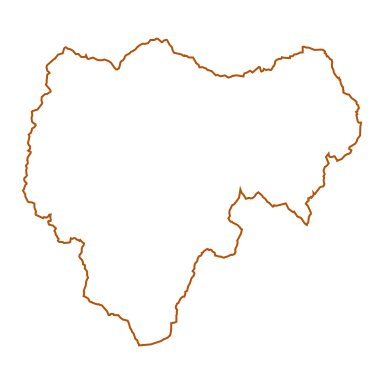 Huong Son, Ha Tinh, Vietnam (Robinson projection)
{"feature_id": "81297802B24299836434530", "entity_name": "Huong Son", "entity_type": "district", "adm_level": 2, "iso_a3": "VNM", "parent_name": "Vietnam", "parent_adm1": "Ha Tinh", "projection": "robinson", "projection_center": [105.339, 18.446], "detail": "fine", "context": "isolated", "style": "outline", "palette": "amber", "viewbox_px": 384, "rotation_deg": 0, "n_neighbors": 0, "source": "geoboundaries", "source_scale": "gbopen_adm2", "svg_char_len": 5802}
<svg xmlns="http://www.w3.org/2000/svg" viewBox="0 0 384 384"><path d="M354.9,100.3L351.6,98.1L349.1,94.6L347.2,94.3L343.5,92.7L343.2,91.8L343.6,90.5L343.1,89.8L343.1,87.3L342.1,86.4L340.7,83.1L340.2,79.7L339.4,79.7L338.9,77.6L337.9,78.0L336.6,76.7L333.9,72.7L333.4,69.9L332.0,67.1L331.9,63.7L332.3,62.1L331.6,59.7L330.1,59.0L327.7,56.2L326.8,56.4L325.9,53.6L324.7,53.1L325.0,51.5L323.5,50.1L321.7,49.6L314.3,49.9L309.8,48.0L307.7,47.5L306.8,47.7L304.0,46.7L302.7,46.9L302.7,52.4L300.0,52.6L296.7,54.2L294.1,54.5L292.8,56.1L290.0,56.4L289.9,58.1L283.5,57.7L282.0,57.2L281.1,58.8L278.6,59.0L276.0,60.4L275.2,61.2L275.1,63.0L274.1,65.8L273.2,66.4L271.4,69.8L270.4,70.1L268.9,69.4L266.2,70.0L263.9,68.9L263.0,70.8L261.4,71.5L260.9,70.8L259.9,67.3L258.9,67.0L252.5,72.5L250.1,70.7L247.3,72.4L244.5,73.4L243.8,74.5L243.5,76.4L237.2,75.4L235.0,75.4L233.8,75.9L232.8,75.7L231.3,76.7L228.2,77.6L225.9,75.9L224.6,75.4L221.3,76.2L220.0,76.1L217.6,75.0L215.7,75.3L211.6,71.1L207.2,69.8L206.4,68.7L202.7,67.2L199.4,67.3L198.6,64.9L196.1,63.0L193.1,57.5L188.5,57.4L186.7,55.9L185.7,56.0L184.7,55.4L184.2,56.0L183.4,55.8L181.3,54.4L174.0,52.8L172.5,50.0L171.9,47.3L169.6,44.8L167.1,40.1L166.2,39.8L164.1,40.4L162.3,42.1L161.6,42.1L157.9,38.8L156.6,38.6L154.4,40.0L150.5,40.0L148.0,43.2L144.8,43.9L142.5,43.7L139.1,45.6L136.7,47.7L135.5,49.4L132.2,51.4L130.9,51.8L129.5,53.5L126.1,55.2L124.9,56.5L124.4,58.3L123.1,60.1L120.7,61.7L119.1,68.2L117.1,69.5L116.1,69.4L114.4,67.7L111.2,62.9L108.8,61.1L104.2,59.5L102.1,60.3L97.7,60.1L93.1,57.6L88.3,59.0L87.4,58.6L86.0,55.3L85.1,57.1L81.2,56.9L78.4,54.0L75.8,54.2L73.0,50.8L70.5,49.3L67.9,48.8L66.2,47.4L65.4,47.3L64.1,48.5L62.7,53.3L58.1,54.6L54.8,58.8L53.4,59.6L47.4,65.0L46.7,66.1L46.5,67.1L47.3,70.8L48.7,71.8L49.5,73.0L47.3,74.6L46.6,81.0L46.7,82.7L45.9,84.7L49.8,89.4L50.5,90.4L50.6,91.7L47.2,93.9L45.0,94.2L41.8,96.9L41.4,100.2L42.3,102.9L42.0,103.7L37.5,109.6L32.9,110.9L31.8,111.8L32.3,115.3L31.5,118.0L32.0,121.4L32.5,122.4L35.5,124.3L35.7,125.4L34.3,127.2L32.1,128.5L31.1,132.6L28.7,134.6L29.5,136.6L28.0,143.1L28.6,144.9L29.9,146.1L30.2,148.1L29.4,149.7L28.2,150.7L30.6,151.8L30.7,152.8L27.7,157.4L27.2,160.3L27.6,160.8L27.8,162.9L27.5,163.9L25.9,165.6L26.8,168.1L26.2,170.0L26.4,173.6L26.9,175.3L26.3,176.4L24.6,177.9L24.1,179.0L24.6,181.3L26.3,182.7L26.6,183.8L25.7,184.5L24.6,186.8L23.9,189.4L23.0,190.6L25.2,194.3L25.4,196.7L27.8,201.5L29.0,202.2L31.7,202.3L34.4,203.5L34.4,207.6L36.0,211.5L35.5,213.8L36.0,214.9L43.2,218.2L44.0,217.1L46.5,217.7L48.5,216.2L49.3,214.7L50.6,214.5L50.3,216.4L50.8,220.3L50.5,220.9L48.4,221.1L48.1,221.7L48.5,223.0L48.9,224.5L53.2,225.7L55.9,228.3L54.4,230.9L55.5,232.8L55.7,234.8L56.7,235.6L57.7,238.0L58.5,238.5L58.5,239.5L57.9,240.7L58.3,241.2L59.2,241.9L62.7,242.1L63.9,243.0L69.4,242.5L70.2,242.0L70.8,238.3L72.1,238.9L73.9,238.1L75.0,238.2L75.6,238.4L76.4,239.5L78.4,240.1L79.4,240.9L80.2,239.9L82.1,242.1L83.9,243.2L83.7,245.1L82.2,247.1L81.7,248.9L81.7,252.3L79.6,255.1L79.3,256.3L79.8,257.7L81.9,259.9L82.5,261.2L82.9,262.2L83.0,264.3L84.8,265.1L85.1,266.4L84.7,268.2L87.1,271.6L87.1,275.4L88.1,277.8L87.1,279.1L86.2,281.6L85.7,285.8L83.7,290.9L84.2,293.2L83.6,296.2L84.4,296.3L88.2,298.5L89.5,301.2L90.4,301.9L91.4,302.0L92.6,302.8L97.2,304.4L98.4,304.1L100.1,305.0L101.8,305.3L107.1,311.3L108.6,315.1L109.9,315.0L110.5,314.1L112.1,313.8L113.5,314.1L114.0,315.1L118.5,315.2L119.8,317.1L122.8,319.5L127.7,320.7L129.0,323.7L130.1,328.0L131.3,329.6L132.1,331.8L133.5,333.3L135.5,339.1L137.1,340.0L138.0,342.9L138.8,344.0L139.0,345.4L150.8,344.4L160.9,341.1L163.7,339.3L167.4,337.8L170.3,335.1L171.2,329.4L171.2,323.2L175.5,322.3L176.4,321.7L176.4,315.4L176.9,313.9L176.7,312.0L177.3,310.0L175.8,308.0L175.9,306.4L177.1,303.6L178.3,303.2L180.5,298.6L182.7,296.7L184.4,296.7L185.4,293.3L185.3,291.7L187.2,290.7L188.0,286.8L190.1,282.7L191.4,278.4L193.7,275.6L194.4,273.7L194.2,272.6L192.6,271.1L194.5,268.6L194.4,266.2L195.0,263.7L197.4,260.9L197.5,259.0L198.8,256.4L201.0,255.6L201.8,254.1L201.8,252.8L203.0,252.5L203.7,251.4L206.4,249.4L207.7,249.0L209.0,250.1L209.9,249.6L211.4,249.9L212.6,251.6L214.1,252.2L214.8,253.1L215.2,255.6L216.4,255.6L218.8,256.5L221.1,256.6L222.5,257.4L223.9,257.6L228.0,256.3L231.2,254.7L232.0,255.0L234.5,254.1L235.6,251.7L235.2,250.2L235.6,248.2L236.6,246.5L237.5,243.3L237.6,242.1L237.2,240.8L240.8,233.9L242.0,229.4L240.5,228.6L240.2,227.7L237.5,225.0L233.2,222.9L232.0,221.8L230.9,221.7L229.4,220.4L228.4,218.2L230.0,215.9L229.3,213.1L229.7,210.0L230.5,208.9L232.0,205.4L234.5,204.0L239.1,197.6L240.4,189.5L241.7,193.0L243.4,194.6L245.9,198.8L249.3,197.8L250.4,198.4L252.4,198.2L254.4,196.6L256.4,193.7L258.4,192.3L262.2,195.6L262.7,196.8L265.4,198.9L267.5,202.0L269.2,202.8L272.6,206.5L273.5,206.5L274.1,205.3L276.4,205.8L285.8,203.4L288.6,208.9L292.6,211.9L294.2,211.6L294.2,212.5L295.0,212.9L297.3,216.5L301.0,217.9L304.8,223.5L306.9,225.0L307.4,223.3L308.2,222.7L308.8,217.1L309.4,216.3L309.5,215.5L310.8,214.2L310.9,212.7L307.8,205.9L305.8,203.8L307.1,201.8L308.7,200.5L308.6,199.5L308.2,199.0L308.3,198.3L309.6,198.0L310.8,196.9L311.5,197.7L312.1,197.0L313.7,194.7L313.5,192.9L314.5,194.2L314.9,194.1L319.7,187.6L320.6,186.9L323.2,186.4L323.9,185.5L324.4,183.8L323.6,180.8L324.1,177.3L323.5,176.5L324.7,174.1L323.5,170.7L324.9,166.9L326.5,166.0L328.7,163.5L326.0,157.0L328.6,153.7L328.8,155.6L329.8,156.8L331.8,157.1L334.0,156.2L334.9,156.5L336.5,159.4L337.3,160.0L337.3,160.8L341.8,158.9L345.1,155.3L347.0,154.2L348.5,154.0L350.5,152.6L351.4,150.2L349.2,149.0L349.1,148.2L349.6,147.1L355.2,143.7L356.7,141.5L357.4,139.0L360.1,135.5L360.3,127.4L361.0,122.6L358.9,122.7L357.8,121.5L356.4,115.0L357.3,114.3L356.1,111.9L357.4,111.4L357.6,109.9L358.9,108.2L358.8,107.7L358.0,105.1L357.3,104.8L356.5,103.5L356.6,102.1L354.9,100.3Z" fill="none" stroke="#b45309" stroke-width="2"/></svg>